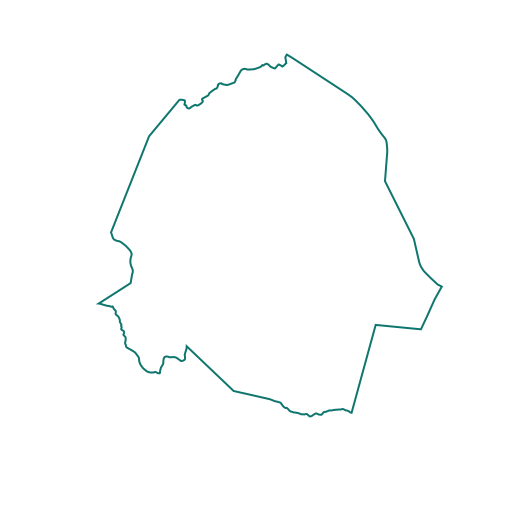 the district of San Juan, Intibucá, Honduras, rotated 70°
{"feature_id": "27666195B28906986091339", "entity_name": "San Juan", "entity_type": "district", "adm_level": 2, "iso_a3": "HND", "parent_name": "Honduras", "parent_adm1": "Intibucá", "projection": "natural_earth1", "projection_center": [-88.422, 14.413], "detail": "fine", "context": "isolated", "style": "outline", "palette": "teal", "viewbox_px": 512, "rotation_deg": 70, "n_neighbors": 0, "source": "geoboundaries", "source_scale": "gbopen_adm2", "svg_char_len": 5968}
<svg xmlns="http://www.w3.org/2000/svg" viewBox="0 0 512 512"><g transform="rotate(70 256 256)"><path d="M189.4,384.3L190.5,384.2L191.3,384.0L191.8,383.8L192.4,383.3L193.0,382.8L193.6,382.2L194.1,381.6L195.0,380.1L195.3,379.6L196.0,378.9L196.7,378.2L197.7,377.5L200.1,376.0L201.6,375.1L203.2,374.3L204.9,373.6L205.8,373.2L207.3,372.6L208.4,372.3L209.5,372.1L210.3,372.1L211.3,372.1L211.7,372.2L212.3,372.5L213.0,372.9L214.6,374.1L215.9,374.9L217.4,375.7L218.9,376.2L220.2,376.5L221.7,376.7L223.6,376.7L225.6,376.6L226.2,376.6L227.3,376.7L228.2,377.0L228.9,377.3L229.5,377.7L229.9,377.9L230.5,378.5L238.6,383.1L246.9,420.1L247.5,418.9L251.3,413.8L251.7,413.2L252.6,411.5L253.3,410.3L253.7,409.9L254.0,409.6L254.4,408.8L254.5,408.5L254.4,408.0L254.5,407.9L257.0,407.7L258.1,407.3L259.0,406.8L259.5,406.6L260.0,406.7L260.7,406.9L262.0,407.6L262.5,407.7L262.8,407.7L263.2,407.6L264.3,406.9L265.9,406.1L267.0,405.9L267.7,405.8L268.4,405.8L269.7,405.9L270.1,406.0L270.8,406.3L271.4,406.4L272.7,406.3L273.3,406.2L274.1,406.0L274.6,406.0L274.9,406.1L275.2,406.4L275.3,406.5L275.7,406.7L276.3,406.7L276.8,406.6L277.2,406.7L277.7,407.0L278.2,407.4L278.4,407.6L278.8,407.7L279.0,407.7L279.4,407.5L280.1,406.9L281.1,406.1L281.4,406.0L282.0,406.0L282.4,406.0L283.5,406.4L283.9,406.8L284.3,407.4L284.6,407.5L284.9,407.5L285.3,407.4L287.4,406.4L287.9,406.4L288.4,406.5L289.7,407.0L291.0,407.5L291.3,407.7L291.8,408.1L292.1,408.4L292.8,408.7L293.7,408.9L295.2,408.8L296.6,409.0L297.1,409.0L297.6,408.8L298.6,408.1L300.9,406.0L303.9,403.6L305.2,402.7L306.2,402.3L310.9,400.9L311.4,400.9L312.6,401.1L314.6,401.6L315.2,401.7L316.0,401.8L317.1,401.8L318.3,401.7L319.1,401.6L322.6,400.6L323.1,400.4L324.2,399.7L325.8,398.8L326.5,398.4L327.6,397.5L328.1,397.0L328.5,396.4L329.3,395.2L329.9,393.8L330.3,392.4L330.4,391.8L330.4,391.0L330.5,390.7L330.6,390.3L330.9,389.8L331.2,389.4L331.5,389.2L332.1,388.7L332.6,388.1L333.1,387.3L333.2,386.9L333.2,386.6L333.1,386.4L332.8,386.1L332.6,386.0L332.1,385.9L331.7,385.7L330.2,384.8L328.6,383.6L328.2,383.3L326.0,380.5L325.5,380.1L324.9,379.8L324.3,379.4L323.0,379.0L322.4,378.7L320.8,377.7L320.4,377.3L320.1,377.0L319.8,376.6L319.7,376.2L319.7,375.6L319.7,374.9L319.8,374.5L320.0,374.0L320.2,373.6L320.5,373.1L321.3,372.2L321.7,371.7L322.4,369.3L322.9,367.8L323.2,367.1L323.6,366.5L324.1,365.9L324.9,365.2L326.9,363.8L328.1,363.0L328.7,362.6L329.0,362.3L329.3,361.5L329.4,360.4L329.3,359.5L329.1,358.7L328.9,358.4L328.5,358.0L328.1,357.8L327.5,357.5L326.2,357.1L324.8,356.9L324.4,356.7L323.0,355.8L319.5,353.1L318.3,352.5L317.1,352.0L370.1,325.7L375.2,323.2L395.5,291.7L399.1,287.7L399.7,286.6L400.1,285.9L402.1,283.3L402.3,283.1L402.5,283.0L403.9,282.6L406.1,282.0L406.6,281.8L407.7,281.3L408.3,280.8L408.8,280.4L409.0,280.0L409.1,279.3L409.2,279.1L409.4,279.0L410.6,278.3L412.9,277.4L413.4,277.1L413.8,276.8L414.1,276.4L414.7,275.5L415.6,274.5L415.9,274.0L416.2,273.4L416.6,272.6L417.0,271.8L418.2,269.9L418.8,269.1L419.9,268.0L420.3,267.4L420.7,266.4L421.3,264.9L421.5,264.1L421.6,262.9L421.8,262.5L422.1,262.1L423.0,261.6L424.8,260.6L425.0,260.4L425.2,260.2L425.3,259.9L425.4,259.4L425.4,258.9L425.4,258.4L425.2,257.6L424.7,255.7L424.4,254.1L424.4,253.8L424.5,253.4L424.9,252.8L425.2,252.4L426.0,251.7L426.5,251.1L427.1,250.0L427.3,249.6L427.4,249.1L427.5,248.7L427.4,248.3L427.2,247.9L426.8,247.4L426.4,246.8L426.0,245.8L425.9,245.4L425.9,244.8L426.2,244.2L426.3,243.8L426.2,240.0L426.3,239.5L426.7,238.7L426.9,238.0L427.1,236.9L427.4,235.1L427.7,233.9L428.5,231.0L429.3,228.6L429.3,228.2L429.3,227.6L429.3,227.3L429.5,226.8L429.9,226.2L430.8,225.4L431.4,224.8L431.7,224.6L432.3,223.4L433.1,222.4L433.6,221.9L434.6,221.4L435.0,221.1L435.5,220.6L436.0,219.8L361.7,167.1L381.3,126.1L371.3,116.0L357.9,103.0L348.3,91.9L344.8,95.1L336.0,99.6L329.9,102.4L328.4,103.1L327.0,103.6L325.5,104.0L323.1,104.5L321.6,104.7L320.2,104.8L318.7,104.8L317.2,104.7L293.9,101.8L229.8,109.2L203.4,97.2L202.0,96.7L200.1,96.0L198.1,95.5L195.5,94.8L193.2,94.3L192.5,94.3L191.5,94.2L190.4,94.4L189.6,94.5L184.3,96.3L181.4,97.1L178.4,97.9L172.8,99.0L169.0,99.8L165.2,100.9L161.5,102.0L156.2,104.0L150.6,106.2L145.1,108.7L142.4,110.0L140.0,111.3L137.8,112.7L135.6,114.2L82.8,153.7L77.3,158.1L78.0,159.0L78.8,160.0L79.3,160.4L79.8,160.6L82.8,161.1L85.2,161.6L85.4,162.4L86.6,164.9L86.9,166.0L87.0,166.3L86.9,166.5L86.1,167.0L85.6,167.4L84.3,168.6L83.8,169.1L83.8,169.3L83.9,169.6L84.5,170.8L85.2,172.1L86.1,173.6L86.2,173.9L86.2,174.2L85.5,175.1L85.1,175.6L84.3,176.4L83.8,176.9L83.1,177.5L82.8,177.8L81.9,178.1L80.5,178.8L79.4,179.7L79.1,180.0L78.9,180.4L78.9,181.0L79.0,182.1L79.1,182.8L79.4,183.5L79.5,183.8L79.4,184.1L79.3,184.3L78.8,184.8L79.9,186.9L79.9,188.4L79.9,192.4L79.8,193.5L79.7,194.2L79.2,196.1L78.3,199.1L77.8,200.3L77.4,200.9L76.6,201.9L76.4,202.3L76.2,202.9L76.1,203.5L76.0,204.1L76.0,204.7L76.1,205.3L76.3,206.1L76.7,206.9L80.6,211.5L82.9,214.5L83.8,215.0L84.5,215.6L85.1,216.2L85.5,216.8L85.6,217.3L85.6,217.8L85.6,223.7L85.5,224.5L85.3,225.0L84.8,225.9L82.9,229.0L82.6,229.0L82.3,229.2L82.0,229.4L81.8,229.6L81.7,230.0L81.5,230.9L81.5,231.5L81.5,231.9L81.8,232.6L82.0,233.0L82.3,233.3L82.9,233.4L83.2,233.8L84.5,234.8L84.9,235.5L85.1,236.1L85.0,237.2L85.2,238.1L86.1,241.4L86.9,243.7L87.1,244.2L87.4,244.6L88.4,245.5L88.6,245.8L88.8,246.2L89.3,249.3L89.7,252.3L89.8,252.6L90.1,253.0L90.4,253.2L90.9,253.2L91.5,253.0L91.9,252.9L92.5,253.1L92.9,253.5L93.2,254.0L93.6,254.8L94.0,256.0L94.4,257.6L94.6,258.9L94.6,259.4L94.5,259.9L94.2,260.3L93.7,260.7L93.4,261.0L93.3,261.3L93.2,261.7L93.3,262.8L93.6,264.9L93.8,265.8L94.3,267.0L94.4,267.7L94.5,268.1L94.5,268.4L94.4,268.7L94.2,269.0L93.9,269.4L93.5,269.7L93.1,270.0L92.7,270.2L92.3,270.3L92.0,270.3L91.1,270.1L90.5,270.3L90.1,270.6L89.7,271.2L89.6,271.3L89.4,271.4L89.2,271.4L88.9,271.3L88.1,270.6L87.2,270.2L85.9,269.8L85.7,269.8L85.4,269.8L85.2,270.0L84.9,270.5L84.4,271.2L83.9,272.1L83.4,273.3L83.1,274.6L106.9,315.5L184.2,384.1L189.4,384.3Z" fill="none" stroke="#0f766e" stroke-width="2"/></g></svg>